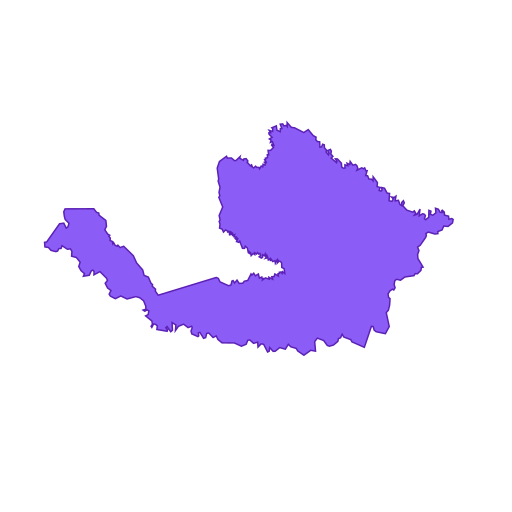 Solano, Caquetá, Colombia (Equal Earth projection), rotated 343°
{"feature_id": "7082276B1556586451217", "entity_name": "Solano", "entity_type": "district", "adm_level": 2, "iso_a3": "COL", "parent_name": "Colombia", "parent_adm1": "Caquetá", "projection": "equal_earth", "projection_center": [-73.482, 0.241], "detail": "fine", "context": "isolated", "style": "filled", "palette": "violet", "viewbox_px": 512, "rotation_deg": 343, "n_neighbors": 0, "source": "geoboundaries", "source_scale": "gbopen_adm2", "svg_char_len": 6136}
<svg xmlns="http://www.w3.org/2000/svg" viewBox="0 0 512 512"><g transform="rotate(343 256 256)"><path d="M87.2,155.1L85.1,157.5L84.3,162.0L84.2,165.3L86.7,170.0L84.6,173.2L82.7,173.8L81.8,168.4L77.6,167.7L59.9,181.4L57.8,181.1L56.8,185.6L60.0,187.2L61.6,190.7L65.9,193.3L67.7,193.3L69.6,191.3L71.8,191.8L73.5,189.4L77.6,194.4L80.6,194.9L81.3,197.7L79.6,202.3L83.8,204.9L86.0,210.5L83.4,214.3L84.4,218.9L86.8,222.7L85.0,224.9L90.9,225.7L94.2,222.0L95.9,221.8L96.6,223.6L95.5,226.6L102.2,225.3L106.6,233.6L106.8,235.9L103.8,238.0L104.7,243.2L107.2,246.6L104.4,249.6L105.0,251.8L109.0,255.7L115.0,254.7L120.1,259.4L129.2,259.7L132.6,261.9L135.4,265.9L135.9,271.7L135.2,274.6L132.2,274.7L133.5,276.3L136.1,275.8L137.5,277.1L135.7,280.5L132.9,281.0L137.4,287.7L137.0,291.0L135.1,292.5L135.5,293.8L138.2,291.1L139.8,291.8L141.2,294.0L139.7,297.3L149.0,302.0L149.8,300.8L148.8,298.2L150.3,297.4L152.3,303.5L154.4,302.6L156.3,295.1L159.2,298.5L157.1,303.8L161.2,300.6L166.8,300.0L170.1,304.6L173.9,304.4L174.0,306.0L171.9,308.7L171.8,311.7L176.9,316.1L177.9,315.7L178.4,312.7L180.0,312.6L181.8,319.4L184.0,319.3L186.2,315.6L188.3,315.8L191.1,321.4L194.6,320.8L195.2,324.7L198.1,329.1L209.8,332.8L215.7,338.0L220.8,337.5L223.5,334.2L225.5,334.4L228.1,338.8L232.4,338.9L231.3,343.7L235.3,341.5L237.5,342.7L239.0,351.2L240.8,350.9L242.3,347.6L244.5,352.2L246.5,352.7L251.9,350.5L256.8,353.7L261.1,349.9L262.7,353.0L267.4,356.1L268.2,359.1L272.8,364.9L280.8,362.2L285.1,364.4L287.1,355.0L290.7,352.5L296.0,356.6L298.0,362.4L299.8,363.7L304.1,363.8L309.3,361.6L310.7,359.1L313.0,358.9L315.5,356.0L316.3,359.2L322.2,363.7L322.6,366.1L332.9,375.0L345.8,357.0L347.4,357.7L347.3,361.4L348.7,363.5L357.0,368.1L362.8,362.4L364.0,348.2L366.7,346.6L369.4,342.1L371.7,336.0L370.7,334.3L371.2,330.9L373.7,328.6L376.8,327.6L377.8,328.8L379.7,327.1L379.8,323.5L381.6,320.1L383.7,319.4L387.1,321.4L392.3,319.6L401.3,321.0L403.1,319.4L405.2,320.2L409.5,318.0L410.8,315.3L412.5,315.5L410.1,305.7L411.0,301.8L413.4,298.5L413.1,294.7L416.2,293.7L423.5,288.0L424.9,286.3L425.0,284.2L427.8,283.5L433.5,287.3L436.5,287.8L437.0,285.8L441.5,285.5L444.3,282.3L448.3,283.9L453.6,281.8L455.2,278.7L454.2,277.4L451.2,277.3L451.8,274.2L448.2,272.0L448.9,269.1L447.6,266.7L446.8,267.0L447.0,268.8L444.8,268.0L444.1,264.6L441.6,262.8L440.7,267.3L436.9,268.7L435.0,267.0L436.4,264.3L434.7,262.9L432.5,269.5L428.8,270.9L428.0,269.6L429.8,267.0L429.3,265.4L427.7,264.3L423.8,265.3L426.6,259.1L422.3,263.2L419.5,263.2L421.3,261.9L420.6,259.1L418.8,259.9L413.7,256.3L411.1,250.9L413.4,248.5L413.1,246.2L411.0,247.4L410.0,250.3L408.7,248.8L408.5,244.4L405.2,244.0L407.3,239.7L405.2,240.4L402.8,239.2L404.0,241.5L402.0,243.5L399.4,242.1L402.0,235.2L399.8,234.2L398.7,228.7L396.1,227.2L395.8,229.9L394.5,230.5L392.9,229.3L394.7,226.8L392.1,225.0L393.6,221.3L391.2,214.5L389.9,218.3L388.9,216.3L386.5,215.4L386.2,211.9L384.4,211.2L387.2,206.9L386.0,206.6L385.7,203.5L384.2,204.0L382.9,202.6L377.6,203.5L379.0,201.8L378.9,199.1L377.9,197.5L375.2,197.5L373.7,193.1L372.4,195.9L370.2,193.9L370.2,196.5L367.7,194.8L366.8,197.9L365.0,197.4L364.0,195.9L364.8,192.2L362.3,187.0L360.3,186.3L361.1,188.9L360.3,190.2L356.5,184.4L358.7,183.2L357.4,180.4L358.7,177.7L358.3,175.8L355.3,176.1L355.9,178.9L354.9,180.5L353.4,176.9L354.5,175.6L353.1,172.6L353.8,169.6L352.4,168.6L350.6,170.8L348.9,170.6L350.3,165.4L348.1,164.5L347.2,162.1L348.2,159.9L345.9,157.6L342.9,150.4L337.8,151.9L330.4,144.7L327.4,143.3L324.8,137.5L323.7,141.4L323.0,139.9L320.7,139.8L320.2,137.5L317.7,137.0L318.0,141.6L316.5,141.4L315.5,144.2L312.8,141.8L313.5,137.5L308.6,138.0L309.3,139.3L308.3,141.7L305.3,139.7L306.1,142.4L304.3,142.0L304.1,143.4L306.1,147.2L303.0,148.0L304.3,149.5L303.0,151.6L305.1,151.4L305.4,155.1L303.9,153.8L303.4,154.6L304.7,155.2L303.8,155.8L304.5,157.3L300.7,159.3L298.4,158.5L297.7,162.9L296.4,162.5L295.8,165.3L293.5,165.2L293.4,166.5L292.4,166.5L293.3,169.4L292.4,170.1L292.9,168.8L291.5,168.8L292.1,169.8L291.2,171.6L289.6,170.3L288.5,172.7L287.3,171.5L284.9,173.7L284.8,172.2L282.5,171.4L281.9,170.0L279.5,171.1L277.7,168.8L278.5,168.8L278.4,167.5L276.8,167.9L275.2,164.1L274.4,164.6L276.0,162.7L275.0,160.0L272.8,159.6L271.9,160.8L269.0,157.7L269.8,156.3L264.6,158.9L263.2,158.4L261.2,155.1L257.2,154.0L257.0,152.0L248.7,154.9L244.6,160.6L242.8,171.5L241.7,173.3L241.7,179.7L239.2,184.4L239.0,187.8L237.6,189.0L238.5,199.4L232.6,206.5L232.1,211.3L230.9,212.1L230.9,215.0L229.3,218.7L231.5,220.5L231.9,223.6L234.5,222.2L236.1,223.8L235.8,225.4L236.7,224.2L237.6,224.8L236.9,228.0L238.9,228.2L238.2,226.1L238.9,225.4L240.3,227.4L239.7,229.5L241.8,229.3L240.5,231.1L241.8,231.8L241.1,233.1L242.2,234.8L243.1,234.7L243.2,233.1L243.7,234.1L241.6,236.5L243.5,237.9L244.8,237.1L245.3,244.7L247.3,245.4L248.6,243.5L250.1,245.8L249.6,250.6L250.6,251.7L250.7,249.8L251.8,251.4L251.5,254.2L254.0,252.8L255.2,254.3L255.7,252.5L257.1,254.3L258.5,253.2L259.2,255.0L260.5,254.7L260.5,256.9L258.8,257.7L260.6,259.6L262.0,259.1L262.7,256.7L264.2,258.3L265.4,256.8L265.2,259.1L266.5,258.1L266.8,259.8L264.6,261.0L266.8,261.1L266.6,263.4L268.4,262.8L268.4,265.1L269.4,263.1L270.4,266.2L272.8,266.0L272.4,268.6L275.5,265.5L275.9,266.5L274.6,268.8L276.6,267.7L277.7,268.4L278.5,269.9L277.3,274.5L279.2,276.3L278.4,281.1L276.8,278.8L275.9,280.3L275.3,278.6L273.5,278.4L273.4,279.5L271.7,279.5L271.5,281.7L268.8,278.7L267.1,281.1L265.1,280.4L265.1,283.0L262.1,280.1L261.9,282.0L258.6,279.7L255.3,280.8L256.1,279.5L255.2,279.3L255.4,277.8L252.8,278.1L253.0,273.9L249.6,274.8L248.8,271.8L246.4,273.1L246.0,271.7L240.9,277.0L237.4,276.7L235.4,278.2L231.9,277.3L230.8,273.5L227.6,275.5L226.9,272.8L225.7,272.9L223.6,276.4L221.1,276.4L214.0,270.2L213.4,266.4L211.7,264.9L151.0,264.9L149.5,260.3L150.2,258.3L148.0,254.7L148.7,253.1L147.6,251.2L146.9,244.7L143.3,241.8L143.6,236.2L139.8,227.7L138.8,219.9L132.3,208.0L128.5,208.2L127.1,205.3L126.2,206.1L124.4,204.6L123.7,201.5L122.6,202.4L122.9,200.1L121.0,198.5L121.9,196.3L121.1,194.1L122.2,193.4L120.6,191.7L119.1,186.7L121.7,183.9L122.8,178.1L117.9,171.2L118.2,168.9L116.3,167.7L114.7,163.4L87.2,155.1Z" fill="#8b5cf6" stroke="#5b21b6" stroke-width="1.5"/></g></svg>